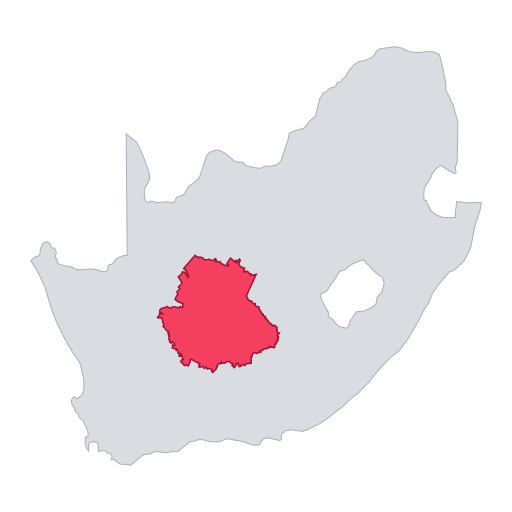 Pixley ka Seme, Northern Cape, South Africa (highlighted)
{"feature_id": "47623444B63696254381244", "entity_name": "Pixley ka Seme", "entity_type": "district", "adm_level": 2, "iso_a3": "ZAF", "parent_name": "South Africa", "parent_adm1": "Northern Cape", "projection": "natural_earth1", "projection_center": [24.003, -30.211], "detail": "fine", "context": "in_parent", "style": "filled", "palette": "rose", "viewbox_px": 512, "rotation_deg": 0, "n_neighbors": 0, "source": "geoboundaries", "source_scale": "gbopen_adm2", "svg_char_len": 9569}
<svg xmlns="http://www.w3.org/2000/svg" viewBox="0 0 512 512"><path d="M379.7,48.9L394.5,46.7L401.2,47.9L409.1,51.5L416.6,52.7L429.3,51.5L433.6,52.0L437.1,53.3L439.6,55.1L443.0,69.1L445.9,84.2L445.8,89.0L446.2,90.9L449.7,97.3L451.0,101.2L453.0,104.5L457.4,120.5L457.9,123.3L457.2,162.1L455.4,166.8L456.0,172.9L453.9,173.7L441.5,165.9L439.3,166.2L435.7,169.1L432.3,173.6L430.8,177.5L424.3,188.0L423.7,194.6L424.2,200.3L426.3,200.5L427.7,204.6L431.1,211.1L436.8,215.3L442.1,217.2L449.6,217.7L455.5,217.5L455.3,213.2L456.8,201.4L466.6,202.8L481.3,202.4L480.1,210.1L474.5,227.5L470.8,247.2L466.2,257.1L463.7,261.1L456.5,268.4L452.7,270.8L449.6,271.6L437.2,286.2L432.6,293.3L428.4,303.5L424.4,309.2L418.3,321.2L407.9,339.0L399.1,350.6L395.2,354.0L392.6,355.6L385.6,362.3L375.9,373.2L368.4,382.8L357.3,393.8L350.9,398.6L341.2,408.0L338.6,409.4L327.7,418.2L320.0,423.5L307.5,429.6L302.5,431.4L290.7,429.8L285.7,430.6L281.6,434.3L281.2,439.7L279.5,440.5L268.6,438.0L264.1,438.4L261.5,441.3L259.4,444.9L253.2,445.1L242.1,441.4L229.1,439.1L226.0,438.8L219.7,441.6L217.5,442.0L208.3,441.4L203.2,439.7L198.3,439.7L194.6,441.1L190.0,441.6L177.9,451.6L171.5,451.7L166.1,452.8L156.4,451.5L153.5,452.1L150.7,453.9L144.1,454.6L141.6,456.1L130.6,465.3L126.0,464.4L120.2,464.2L113.6,459.4L111.1,459.7L111.8,458.2L112.0,455.6L109.6,453.0L107.0,453.1L105.7,450.9L101.7,450.7L98.5,451.4L97.8,442.9L96.2,442.1L92.3,441.9L90.4,442.2L89.5,442.9L88.5,444.9L88.6,450.8L87.2,449.1L85.5,445.6L85.0,441.8L85.5,437.3L88.4,435.6L87.5,430.0L82.7,420.2L79.8,418.1L77.5,413.1L75.3,411.3L74.3,407.8L72.1,404.9L71.3,400.5L72.5,398.0L74.3,396.6L76.3,398.8L78.6,397.9L82.0,394.7L83.9,389.8L83.9,382.0L83.3,377.2L80.4,364.6L79.1,361.7L72.9,352.7L65.6,340.6L56.3,321.6L51.8,310.1L44.9,287.1L38.9,274.0L31.6,261.8L30.7,261.0L31.8,259.5L35.5,256.7L37.2,256.0L38.2,256.3L39.1,255.5L39.9,253.6L40.4,249.3L42.1,244.8L43.7,242.9L47.0,241.6L49.6,243.3L50.7,244.9L51.2,247.1L52.3,248.2L54.1,248.1L55.4,249.5L56.2,252.3L56.1,254.3L55.1,255.5L55.3,257.2L56.6,259.2L58.1,263.7L65.0,266.0L68.9,266.3L72.6,267.4L76.1,269.4L81.8,269.9L89.7,268.9L96.2,269.4L101.3,271.3L105.0,271.7L107.3,270.4L108.3,268.7L108.0,266.3L109.1,264.9L111.7,264.2L113.7,262.5L115.2,259.6L118.8,257.3L124.4,255.4L127.2,255.5L126.2,133.8L136.3,142.1L138.7,146.0L143.7,157.4L148.9,171.5L149.7,178.3L149.5,179.7L144.4,189.0L144.3,193.5L144.9,198.9L146.1,201.5L147.6,202.4L151.2,201.1L156.7,202.5L167.3,201.9L172.5,202.6L173.8,202.1L175.0,201.0L176.4,197.8L177.6,196.8L182.5,195.3L184.7,193.5L188.1,187.2L198.6,178.7L199.7,176.6L206.3,156.3L208.3,153.4L211.2,151.5L216.9,150.0L220.3,150.8L224.0,152.6L228.1,155.5L234.2,161.1L236.3,161.9L242.5,162.1L246.3,165.8L257.8,168.2L261.1,168.1L264.7,166.1L270.6,166.2L276.9,164.8L280.8,161.2L288.3,139.0L289.1,134.1L290.0,132.8L296.0,130.3L303.4,128.4L304.9,127.3L309.5,121.1L315.6,116.0L319.9,98.3L322.6,94.1L324.3,92.3L325.4,92.3L327.0,91.2L329.0,89.0L331.4,87.6L334.1,87.1L335.9,85.7L336.7,83.3L338.2,82.1L340.2,82.2L341.4,81.5L341.6,79.9L346.2,76.0L346.3,74.5L348.9,70.8L354.0,64.8L358.8,61.5L363.3,60.8L371.5,57.8L374.5,54.9L376.4,51.1L379.7,48.9ZM363.3,311.1L370.6,308.1L376.0,304.1L377.3,296.9L381.5,292.5L383.0,288.3L384.2,282.6L381.9,276.7L378.5,274.9L372.5,269.8L369.9,266.3L366.2,263.3L363.6,259.8L359.4,261.0L352.8,263.8L348.8,266.4L345.3,269.5L339.2,271.7L333.4,281.5L331.5,283.7L327.0,290.9L320.5,294.4L320.3,295.7L322.4,301.5L325.4,307.3L328.5,312.1L328.3,315.0L329.3,317.3L332.1,318.9L336.8,324.8L339.2,326.7L346.3,328.1L347.4,327.7L349.4,324.2L349.7,321.7L354.6,314.1L356.7,311.7L363.3,311.1Z" fill="#d9dde1" stroke="#a8b0b8" stroke-width="1"/><path d="M249.9,363.4L251.1,363.3L251.3,360.0L250.8,358.8L251.4,358.0L251.6,356.9L251.2,356.5L252.3,355.9L252.5,353.8L253.3,353.2L255.2,352.7L256.3,353.2L256.4,353.5L256.8,353.2L258.5,352.9L259.5,351.8L260.6,352.3L260.3,350.8L261.5,350.4L261.6,350.5L262.2,350.4L262.5,350.6L262.7,350.4L262.9,349.9L263.2,349.4L264.4,348.7L265.9,348.9L266.3,348.4L266.6,348.7L267.0,348.6L267.4,348.1L267.8,347.9L268.4,348.0L268.5,347.6L268.9,347.9L269.1,347.7L269.1,347.3L269.5,347.0L269.8,347.1L270.0,346.8L269.8,346.7L270.0,346.3L270.3,346.3L271.6,347.1L271.6,347.3L272.0,347.4L272.2,347.0L273.9,347.8L274.8,347.2L274.5,346.6L274.7,345.0L275.1,344.3L275.6,344.4L276.4,343.3L276.6,342.6L276.2,342.0L276.6,341.8L276.9,341.8L277.5,341.2L277.9,340.2L277.5,340.2L277.2,339.4L278.2,338.5L278.1,338.3L278.1,338.1L278.0,337.7L278.3,337.4L278.4,336.7L278.1,336.6L277.9,336.3L277.1,335.7L277.5,335.0L278.5,334.4L279.2,333.0L278.6,333.2L278.1,333.0L278.0,332.8L277.5,332.8L277.4,332.6L277.4,332.0L277.2,331.5L277.3,331.0L277.2,330.8L276.9,330.8L277.0,330.4L276.8,329.5L277.2,329.1L277.1,328.9L276.8,328.6L276.7,327.9L277.0,327.5L276.7,327.0L275.8,326.3L275.7,326.0L275.4,325.8L275.2,325.8L274.3,325.3L273.9,325.5L273.4,325.3L273.1,325.8L272.6,325.9L272.1,325.4L271.9,324.9L271.3,324.0L271.0,323.8L270.7,323.4L270.1,323.6L269.5,323.3L269.3,322.9L268.5,322.1L268.5,321.8L268.7,321.7L268.2,320.9L267.8,320.8L267.4,320.4L266.9,319.2L266.1,318.7L265.8,318.7L265.5,318.9L265.4,318.8L265.3,318.3L265.5,318.0L265.7,317.3L265.3,316.3L265.0,316.2L264.4,316.6L264.0,316.4L263.7,315.9L263.4,315.7L262.9,315.2L263.2,314.7L263.1,314.3L262.6,314.0L262.3,313.5L262.2,313.5L261.9,313.8L261.7,313.7L261.5,312.9L261.2,312.6L261.1,312.1L260.9,311.3L260.0,310.7L260.0,310.0L259.4,309.6L259.3,309.1L258.9,308.5L258.9,308.0L259.2,307.6L258.8,306.8L257.6,306.5L256.9,306.6L255.5,306.0L255.2,304.9L255.4,303.8L255.3,303.6L254.9,303.5L254.7,303.9L253.7,303.9L253.1,303.4L252.5,302.8L252.1,301.7L251.9,301.6L251.4,301.7L250.9,301.4L250.9,301.0L250.7,300.7L249.7,300.6L249.1,300.7L249.0,300.4L248.4,299.9L247.7,298.7L247.4,297.8L246.7,297.2L246.7,296.9L246.8,295.6L246.6,295.4L256.1,274.5L255.7,274.7L255.4,274.9L255.2,275.2L255.1,274.6L254.7,274.6L254.7,274.9L254.7,275.1L254.2,274.9L253.1,275.2L252.8,275.1L251.9,275.2L251.0,275.4L250.9,275.2L251.2,274.7L251.2,274.3L250.8,274.1L250.5,273.6L249.9,273.6L249.5,273.8L249.0,273.6L248.4,272.6L248.4,272.2L247.9,271.8L247.7,271.9L247.4,271.5L246.9,271.5L246.8,271.3L246.0,271.5L245.6,271.2L245.4,271.4L245.0,271.4L244.8,272.1L244.6,272.1L244.5,271.8L244.3,272.0L243.9,270.4L243.7,270.2L243.6,269.8L244.6,268.2L242.3,267.4L242.1,267.4L241.0,266.8L240.4,266.6L240.1,266.3L239.3,264.9L239.2,264.1L239.2,263.9L238.9,263.3L238.8,262.6L239.4,262.4L239.4,262.0L239.7,261.3L240.2,260.9L240.2,260.7L240.4,260.4L239.5,259.1L238.4,260.4L235.8,260.5L236.1,261.1L237.2,262.5L236.3,262.8L234.7,261.8L233.9,260.9L233.1,260.3L232.0,259.3L230.5,258.1L227.9,261.9L226.9,264.0L228.8,265.0L228.1,266.0L227.1,265.7L224.7,265.3L222.9,264.2L221.1,263.6L220.2,261.6L219.5,262.0L217.8,262.1L216.8,260.9L216.2,261.7L215.4,261.4L215.5,260.5L215.9,259.0L215.1,258.6L214.8,259.5L213.3,260.3L212.5,260.4L210.2,259.8L209.7,259.8L208.8,259.2L207.6,259.7L206.5,259.8L204.3,259.7L203.4,258.5L202.4,257.7L200.7,257.2L198.9,257.2L198.7,257.6L198.4,257.1L196.8,257.0L195.1,255.3L183.7,268.4L183.9,268.8L184.2,268.5L184.7,268.5L184.9,269.5L185.2,269.9L185.6,270.3L186.4,270.8L186.9,272.1L187.5,272.8L187.5,273.1L187.0,273.6L187.0,273.8L187.2,274.3L187.8,274.7L188.0,275.0L188.4,275.3L188.1,276.3L188.5,277.0L188.2,277.3L187.5,275.8L185.8,274.1L184.9,272.1L182.3,271.9L181.4,274.2L178.2,276.9L179.8,279.2L182.0,282.9L180.2,285.4L178.4,286.8L179.9,288.6L176.8,292.1L178.0,294.3L176.6,295.8L175.1,299.4L177.6,301.6L180.7,302.8L183.0,303.6L182.6,305.3L183.1,307.0L181.1,307.6L180.4,306.5L178.2,307.8L174.4,306.7L172.2,307.3L171.6,307.2L171.2,308.3L169.3,307.9L167.1,306.4L165.6,307.4L162.1,308.1L160.0,309.7L159.7,313.2L161.3,312.8L162.6,313.6L159.6,313.7L159.5,315.3L157.6,316.9L157.6,317.8L160.9,318.0L161.6,317.9L162.4,320.0L162.8,322.6L164.0,324.8L163.0,326.4L164.8,328.0L166.0,330.0L167.1,331.0L168.8,331.6L167.9,332.8L168.3,334.0L169.1,334.3L168.5,335.8L168.9,336.3L169.4,336.3L169.4,337.1L168.9,338.1L168.9,338.6L168.9,339.8L170.0,340.1L169.6,341.9L171.2,343.2L171.7,342.0L174.0,343.2L174.5,344.2L174.8,345.4L174.6,345.6L172.7,345.0L172.3,346.5L172.5,348.2L174.0,348.6L175.5,348.7L176.5,349.0L176.1,350.4L177.4,350.4L177.9,351.0L178.2,351.7L177.9,353.1L179.7,353.2L181.1,353.8L181.3,354.1L181.1,354.4L178.9,355.1L179.3,356.4L180.8,356.2L181.5,355.6L182.0,356.9L182.7,358.5L183.0,358.7L183.3,359.5L181.6,359.9L181.2,360.7L180.7,361.4L181.5,362.6L182.6,363.0L182.7,363.8L184.4,365.5L186.2,365.1L187.9,365.9L188.1,365.9L188.6,365.3L189.4,363.3L189.8,362.0L190.1,361.9L190.4,359.6L191.5,359.3L196.4,362.2L198.3,362.4L198.3,363.6L199.8,364.0L198.7,366.7L199.7,367.2L200.1,367.2L200.5,367.0L202.9,366.5L204.1,368.4L205.4,367.7L206.3,367.1L206.7,368.5L207.5,369.0L209.5,368.5L211.2,369.0L211.9,369.5L211.5,370.1L211.5,371.1L211.7,371.6L212.0,371.6L212.5,372.2L212.8,372.4L212.9,371.8L213.3,371.8L213.9,371.5L214.7,370.4L216.3,369.0L216.2,368.3L217.2,367.0L217.2,365.8L218.3,364.2L219.4,363.5L221.1,363.6L221.0,363.1L221.4,362.2L221.6,362.6L223.5,363.2L224.3,363.3L224.6,362.9L225.7,362.8L226.2,361.9L226.9,361.5L227.4,361.8L229.5,361.4L230.0,361.7L230.6,363.0L231.1,363.1L232.2,363.6L232.9,363.7L233.0,364.1L232.0,365.3L232.8,365.4L232.6,365.8L232.8,365.9L233.9,367.6L234.3,367.7L234.9,367.2L234.9,366.3L235.8,365.6L235.9,364.8L236.3,363.7L236.2,363.4L238.4,363.4L238.0,363.9L237.9,364.2L238.3,365.4L238.7,365.7L239.1,366.7L239.9,366.2L241.3,366.1L241.2,365.4L241.5,364.5L243.3,364.7L243.7,364.9L243.9,365.2L244.4,365.4L244.4,365.0L244.9,365.3L245.7,364.8L245.9,364.5L246.0,364.0L246.4,363.6L248.6,363.5L248.3,362.8L249.1,363.6L249.9,363.4Z" fill="#f43f5e" stroke="#9f1239" stroke-width="1.5"/></svg>